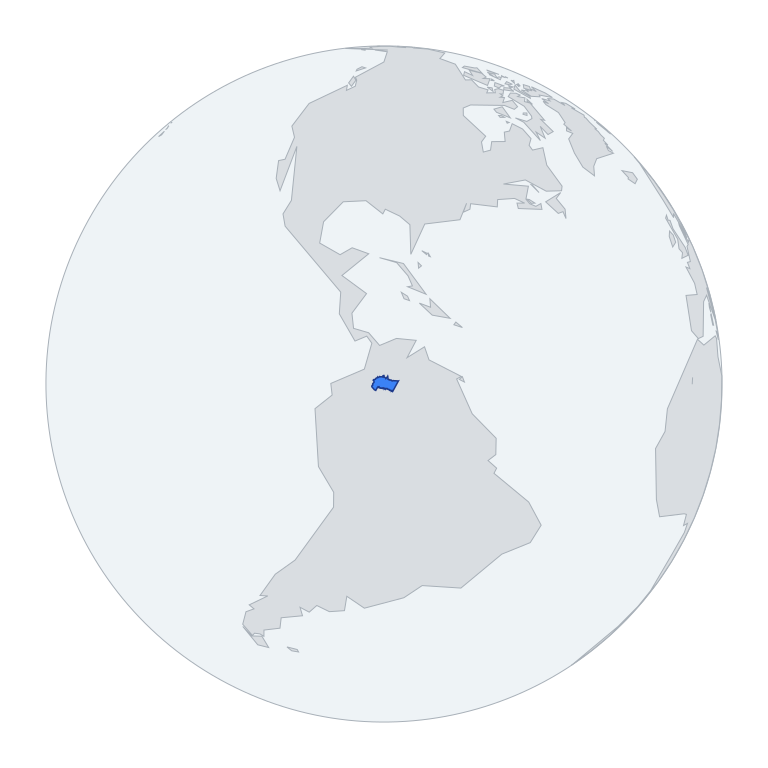 Meta on an orthographic globe, rotated 29°
{"feature_id": "COL-1425", "entity_name": "Meta", "entity_type": "Department", "adm_level": 1, "iso_a3": "COL", "parent_name": "Colombia", "parent_adm1": "", "projection": "orthographic", "projection_center": [-72.97, 3.272], "detail": "fine", "context": "on_globe", "style": "filled", "palette": "blue", "viewbox_px": 768, "rotation_deg": 29, "n_neighbors": 0, "source": "natural_earth", "source_scale": "10m", "svg_char_len": 10557}
<svg xmlns="http://www.w3.org/2000/svg" viewBox="0 0 768 768"><g transform="rotate(29 384 384)"><circle cx="384" cy="384" r="338" fill="#eef3f6" stroke="#a8b0b8"/><path d="M353.6,354.2L345.7,350.5L337.8,360.5L310.9,344.3L301.6,324.6L221.0,293.9L213.2,284.2L214.0,268.3L192.6,218.4L199.4,265.4L190.0,256.4L183.5,239.7L188.5,235.4L186.1,211.6L178.4,203.1L182.5,174.9L207.1,140.5L208.8,145.4L214.5,137.5L212.8,131.4L210.3,129.5L227.8,102.4L225.8,91.8L214.1,96.3L225.4,90.1L195.6,105.2L187.4,109.3L203.5,100.2L210.5,96.1L208.3,96.0L215.0,91.9L217.8,90.0L225.9,85.5L234.7,81.7L240.2,79.1L238.3,79.3L245.3,75.9L247.2,75.7L259.7,69.9L276.7,65.0L275.1,72.3L291.3,69.7L307.8,78.6L313.1,75.5L322.7,78.4L332.4,76.3L332.7,79.6L340.2,75.3L338.1,72.8L340.7,70.3L346.2,69.2L347.6,72.8L345.0,73.9L348.3,74.4L346.5,76.9L350.5,75.1L351.5,80.2L358.7,73.7L366.4,76.7L364.8,80.6L354.2,82.0L324.4,98.0L319.5,104.2L323.2,110.7L352.8,118.0L351.9,125.0L358.4,133.0L363.8,127.8L360.7,119.8L372.4,113.2L367.1,105.4L371.1,101.9L369.9,94.2L381.6,93.8L393.6,98.1L395.2,104.9L400.5,107.4L408.4,100.3L420.3,113.7L443.8,124.6L445.6,128.9L432.4,136.7L408.7,137.0L391.5,151.2L414.4,141.0L418.5,153.5L424.1,155.7L430.7,155.0L433.7,150.1L437.5,154.7L416.4,165.4L412.6,161.3L419.3,157.6L408.2,158.4L394.0,167.6L397.2,174.2L372.4,184.3L374.4,189.5L370.1,195.3L368.6,185.9L370.8,203.5L342.1,224.3L344.6,257.6L329.4,232.1L316.3,229.5L300.4,230.5L300.5,235.8L279.4,232.4L260.0,244.4L252.5,271.4L259.4,291.9L282.9,292.2L290.1,280.3L307.5,277.5L294.6,309.5L324.9,313.4L321.6,337.6L330.4,350.1L345.7,346.6L361.5,352.4L372.8,338.1L391.0,330.2L391.4,349.8L401.4,331.8L411.7,341.1L447.9,339.9L445.1,344.4L475.6,367.3L508.4,377.1L516.0,391.5L512.1,400.5L523.3,403.0L523.5,408.8L567.8,417.1L589.9,431.3L588.8,451.8L569.5,475.7L550.2,525.2L515.1,541.8L505.0,561.3L475.5,589.6L454.4,587.7L459.3,601.4L446.6,609.6L432.6,610.3L429.2,619.8L418.8,620.0L425.1,626.2L407.4,638.3L411.4,648.0L398.3,657.4L401.3,662.9L396.7,662.7L391.6,664.7L390.8,667.7L376.9,662.6L373.7,650.1L379.3,643.7L373.2,642.5L385.1,625.7L378.1,629.1L381.1,603.1L391.6,581.1L399.6,516.2L392.5,503.1L366.7,488.0L335.6,439.0L344.0,418.8L337.2,409.3L359.6,380.5L353.6,354.2ZM66.9,276.9L69.4,269.4L68.7,273.9L66.9,276.9ZM70.5,265.0L69.7,267.5L70.3,265.5L70.5,265.0ZM70.6,263.7L70.5,264.7L70.3,264.3L70.6,263.7ZM70.3,262.9L70.6,263.0L70.4,263.3L70.3,262.9ZM342.6,269.2L377.3,285.1L357.5,287.5L361.3,284.4L352.5,277.7L336.2,271.7L318.8,275.7L342.6,269.2ZM71.0,259.4L71.3,258.3L71.8,257.6L71.0,259.4ZM358.5,250.2L352.4,249.1L358.4,248.8L358.5,250.2ZM208.1,129.6L212.1,131.9L211.2,139.4L207.1,137.8L208.1,129.6ZM210.9,117.2L214.6,116.5L207.9,123.7L207.8,121.8L210.9,117.2ZM204.1,101.1L206.1,101.1L201.9,102.6L204.1,101.1ZM216.7,90.5L214.1,92.0L216.6,90.5L216.7,90.5ZM363.6,95.0L366.7,94.6L365.3,96.2L363.6,95.0ZM360.2,92.3L356.3,94.5L354.1,93.6L356.5,92.3L360.2,92.3ZM233.9,81.2L232.9,81.7L231.7,82.4L233.9,81.2ZM365.4,90.0L350.7,91.8L346.9,90.3L353.0,84.2L365.4,90.0ZM247.8,74.7L247.4,74.9L247.1,75.0L247.8,74.7ZM335.0,72.6L337.5,75.2L330.3,74.3L335.0,72.6ZM329.8,72.7L304.0,75.4L303.0,71.8L311.9,71.2L306.5,68.2L318.8,64.9L324.5,66.0L322.7,68.7L328.7,65.6L329.8,72.7ZM341.2,69.3L336.0,69.9L334.9,66.6L344.9,65.0L342.1,66.5L341.2,69.3ZM299.2,69.2L300.1,67.0L310.2,63.6L312.0,62.4L319.0,64.6L299.2,69.2ZM345.2,66.7L350.1,64.4L355.7,65.0L346.1,68.6L345.2,66.7ZM330.3,66.6L330.2,65.1L333.6,65.3L330.3,66.6ZM378.3,67.4L372.2,67.4L371.0,65.6L378.3,67.4ZM351.6,63.5L349.6,63.3L348.5,62.8L352.8,61.6L351.6,63.5ZM325.7,62.4L329.7,61.7L323.3,61.3L330.7,59.3L334.1,61.3L335.7,59.6L338.0,59.1L338.2,61.5L325.7,62.4ZM353.7,59.0L360.5,61.8L372.2,61.8L373.5,63.2L354.6,63.1L353.7,59.0ZM344.6,60.1L350.5,59.7L349.2,61.3L344.3,62.8L344.6,60.1ZM334.5,57.5L322.3,59.9L322.0,59.5L334.5,57.5ZM357.4,58.5L355.6,57.9L358.4,58.3L357.4,58.5ZM341.8,57.2L337.6,58.0L337.3,57.4L341.8,57.2ZM355.8,56.3L357.9,57.1L354.7,57.9L355.8,56.3ZM349.6,56.4L350.3,55.5L352.2,57.7L347.7,56.8L349.6,56.4ZM342.3,56.6L340.7,56.5L344.1,56.3L342.3,56.6ZM366.9,53.3L370.1,55.9L362.9,57.5L360.7,54.6L366.9,53.3ZM400.0,673.3L378.0,664.5L390.4,668.5L399.5,663.8L410.9,670.4L400.0,673.3ZM426.6,661.0L436.8,658.3L439.2,659.8L432.6,662.1L426.6,661.0ZM643.2,167.2L641.7,165.4L636.0,158.9L619.3,143.3L626.0,150.3L642.1,166.0L641.2,165.2L650.3,176.6L642.6,167.3L623.1,150.0L623.6,157.0L640.0,187.6L636.9,191.9L627.1,188.3L605.2,160.1L614.5,153.9L606.9,145.4L591.4,135.3L595.6,134.8L590.4,130.5L592.6,128.4L582.3,116.7L582.4,114.5L565.5,102.3L563.3,99.9L574.0,107.5L581.5,112.2L580.4,109.1L576.4,106.2L565.4,98.9L565.7,99.1L587.0,113.8L607.1,130.2L625.8,148.0L643.2,167.2ZM548.9,89.1L535.9,82.2L529.0,78.8L548.9,89.1ZM521.6,75.4L520.4,74.8L538.7,83.9L546.1,87.9L552.5,91.3L572.4,104.2L575.6,107.2L554.5,94.5L556.7,98.1L539.3,88.1L500.5,67.1L492.6,64.0L521.6,75.4ZM684.2,539.2L684.7,538.2L706.3,482.5L713.9,455.5L717.4,435.5L718.4,393.3L718.7,368.3L717.0,358.8L714.6,362.6L711.7,351.4L709.4,352.0L689.4,366.5L678.2,352.9L652.8,308.8L652.8,289.2L643.9,268.3L636.5,192.9L644.9,194.9L650.3,181.3L652.8,183.0L662.9,198.3L675.5,213.1L687.0,234.5L697.0,256.7L705.4,279.5L712.0,302.9L717.0,326.7L720.3,350.8L721.8,375.0L721.6,399.3L719.6,423.6L715.9,447.6L710.4,471.3L703.3,494.6L694.5,517.2L684.2,539.2ZM650.7,228.6L653.7,234.8L650.7,228.6ZM449.0,339.6L453.4,343.3L447.6,343.5L449.0,339.6ZM354.7,295.4L362.0,295.8L365.9,298.7L360.2,299.7L354.7,295.4ZM416.8,295.0L425.2,296.6L416.4,298.3L416.8,295.0ZM382.8,287.2L410.0,294.5L392.8,300.4L375.7,296.1L387.5,294.3L382.8,287.2ZM354.9,261.2L359.5,262.5L358.1,265.9L354.9,261.2ZM362.8,250.2L361.0,250.5L358.7,247.7L362.8,250.2ZM419.8,152.9L421.6,152.2L428.3,152.6L425.2,154.6L419.8,152.9ZM457.6,143.3L463.0,151.1L457.0,146.5L453.7,150.3L437.1,146.3L445.7,130.9L444.7,138.2L457.6,143.3ZM417.2,138.0L426.8,141.4L416.0,138.3L417.2,138.0ZM559.6,111.8L564.8,113.5L570.4,118.6L570.1,124.2L561.9,116.6L559.6,111.8ZM570.7,115.0L549.9,102.4L549.2,99.4L553.1,103.0L554.8,102.2L561.5,108.1L581.3,118.6L587.6,124.0L583.6,129.7L581.4,124.4L576.5,122.7L570.7,115.0ZM497.8,85.0L488.7,82.0L499.0,78.7L506.3,82.1L506.5,87.1L498.0,86.3L497.8,85.0ZM378.9,79.8L374.8,80.7L374.4,79.4L377.6,77.7L378.9,79.8ZM375.5,67.5L396.6,75.5L392.9,76.6L409.6,81.2L406.5,86.3L395.7,82.9L405.8,90.9L394.9,89.9L402.8,95.3L379.3,87.3L369.9,87.6L381.6,85.1L384.7,80.2L383.2,78.2L372.0,73.1L353.3,72.4L353.5,68.3L358.5,65.7L363.0,65.3L361.5,67.8L368.6,65.4L369.9,68.9L375.5,67.5ZM417.8,50.8L414.1,51.7L428.6,51.9L430.0,53.6L431.6,53.5L436.8,55.4L446.0,57.8L445.0,58.6L449.0,59.3L452.5,60.9L457.6,62.3L457.7,64.5L464.0,66.5L460.4,66.5L471.2,69.7L463.2,68.3L467.1,71.0L472.8,70.9L460.8,83.8L461.9,91.9L467.2,99.9L452.8,97.9L438.6,89.7L426.7,80.1L427.6,73.3L420.9,74.1L419.4,71.4L425.3,71.8L415.3,69.6L415.7,67.6L405.0,62.0L390.3,61.2L386.1,59.6L392.0,59.0L383.6,57.9L391.9,55.9L389.0,54.9L394.3,52.5L407.3,52.7L403.1,51.6L407.0,50.4L417.8,50.8ZM368.8,52.6L384.1,51.3L392.4,51.8L379.7,56.0L381.2,57.2L373.3,61.0L361.5,60.3L364.8,59.2L365.3,58.0L368.8,58.6L366.4,57.3L370.9,55.9L370.2,54.7L375.4,54.4L368.8,52.6ZM649.0,176.9L649.7,177.0L649.4,175.6L655.1,183.3L649.0,176.9ZM636.2,165.1L635.9,163.7L643.8,172.8L643.0,173.1L636.2,165.1ZM628.9,155.7L635.2,162.9L631.4,159.2L628.9,155.7ZM573.0,106.2L571.8,104.8L574.3,106.4L578.1,109.3L573.0,106.2ZM461.1,55.5L457.7,55.0L455.7,54.5L444.3,52.5L442.4,51.7L448.5,52.6L461.1,55.5ZM457.1,54.3L452.6,53.4L454.5,53.6L457.1,54.3ZM440.4,51.1L441.4,51.1L440.8,51.4L440.4,51.1Z" fill="#d9dde1" stroke="#a8b0b8" stroke-width="1"/><path d="M372.7,385.9L372.8,385.4L373.0,385.0L373.2,384.9L373.4,384.8L373.5,384.6L373.8,384.4L374.1,384.1L374.2,383.9L374.2,383.7L374.2,383.2L374.2,382.9L374.3,382.7L374.7,382.2L374.9,381.9L375.0,381.6L375.0,381.4L375.2,381.6L375.4,381.6L375.5,381.5L375.6,381.3L376.0,380.8L376.1,380.6L376.1,380.4L376.3,380.2L376.5,379.9L376.6,379.6L377.0,379.7L377.5,379.4L377.7,379.2L377.8,379.1L378.0,379.1L378.3,378.9L378.5,378.8L378.9,378.6L379.0,378.5L379.4,378.5L379.3,378.3L379.3,378.2L379.2,378.0L379.2,377.9L379.2,377.7L379.1,377.4L379.1,377.2L379.3,377.0L379.5,376.9L379.6,376.7L379.8,376.6L379.9,376.8L380.0,376.8L380.2,377.0L380.3,377.1L380.4,377.3L380.4,377.5L380.6,377.7L380.6,377.8L380.8,378.0L381.0,378.0L381.3,377.8L381.7,377.8L382.4,378.0L382.5,378.0L382.9,378.3L383.0,378.4L383.1,378.2L383.3,376.9L383.5,375.5L383.5,375.4L383.6,375.5L383.9,375.9L384.3,376.6L384.8,377.2L384.9,377.3L385.0,377.4L385.1,377.5L385.3,377.6L385.3,377.9L385.5,377.9L385.8,377.8L386.0,377.9L386.3,377.9L386.4,377.6L386.5,377.6L386.7,377.8L386.9,377.8L387.2,377.6L387.3,377.7L387.5,377.7L387.8,377.3L388.8,377.0L389.0,377.1L389.2,377.3L389.3,377.4L389.6,377.4L389.9,377.2L390.3,376.8L390.8,376.3L391.0,376.3L391.6,376.1L391.8,376.0L392.3,375.7L394.0,374.9L394.3,374.9L394.6,374.6L394.8,374.5L395.0,374.5L395.1,374.4L395.2,383.5L395.2,386.4L394.9,386.3L394.7,386.3L394.4,386.4L394.3,386.5L394.3,386.4L394.2,386.4L393.9,386.3L393.9,386.2L393.7,386.4L393.4,386.4L393.4,386.5L393.2,386.5L393.0,386.3L392.9,386.4L392.8,386.5L392.7,386.4L392.4,386.4L392.3,386.5L392.2,386.6L391.9,386.7L391.8,386.4L391.7,386.4L391.7,386.5L391.3,386.3L391.2,386.3L391.2,386.5L391.0,386.4L390.9,386.4L390.9,386.5L390.7,386.6L390.2,386.7L389.9,386.8L389.7,386.7L389.4,386.7L389.2,386.6L389.1,386.4L388.9,386.4L388.7,386.5L388.6,386.8L388.4,386.9L388.3,387.0L388.2,387.1L388.3,387.2L388.3,387.3L388.2,387.4L388.1,387.2L387.9,387.2L387.9,387.3L387.7,387.1L387.3,387.4L387.2,387.4L386.9,387.4L386.9,387.5L386.7,387.6L386.4,387.6L386.5,387.6L386.4,387.7L386.3,387.8L386.3,388.1L386.2,388.0L386.3,388.0L386.2,387.9L386.0,388.2L385.9,388.2L385.8,387.9L385.6,387.9L385.5,388.0L385.4,388.2L385.2,388.2L385.0,387.9L384.9,388.0L384.4,388.3L384.2,388.5L384.3,388.7L384.2,388.7L384.1,388.8L383.9,388.9L383.8,389.0L383.7,389.1L383.3,389.2L383.2,389.2L383.1,389.3L382.9,389.4L382.8,389.2L382.7,389.3L382.6,389.2L382.4,389.3L382.3,389.5L382.2,389.5L381.9,389.5L381.8,389.4L381.7,389.4L381.7,389.5L381.4,389.5L381.3,389.4L381.2,389.2L381.2,389.4L381.1,389.5L381.1,389.4L380.8,389.4L380.7,389.3L380.7,389.2L380.5,389.4L380.4,389.4L380.3,389.2L380.2,389.2L380.2,389.3L380.1,389.5L380.0,389.8L379.9,390.0L379.9,390.8L379.9,393.6L379.4,393.6L378.8,393.7L378.6,393.7L378.4,393.7L374.9,392.4L374.7,392.3L374.5,392.0L374.4,391.7L374.3,391.4L374.3,391.2L374.5,390.9L374.7,390.7L374.7,390.4L374.6,390.2L374.2,389.8L374.1,389.6L374.1,389.4L374.0,389.2L374.1,388.8L374.4,387.5L374.4,387.2L374.2,387.0L374.1,386.9L373.9,386.4L373.7,386.2L373.2,386.1L372.7,385.9Z" fill="#3b82f6" stroke="#1e3a8a" stroke-width="1.5"/></g></svg>